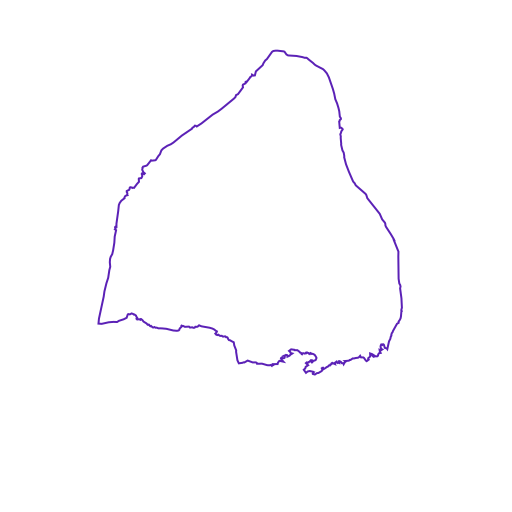 the district of Hebron, West Bank, Palestine, rotated 143°
{"feature_id": "87354302B80979559279056", "entity_name": "Hebron", "entity_type": "district", "adm_level": 2, "iso_a3": "PSE", "parent_name": "Palestine", "parent_adm1": "West Bank", "projection": "equal_earth", "projection_center": [35.111, 31.507], "detail": "fine", "context": "isolated", "style": "outline", "palette": "violet", "viewbox_px": 512, "rotation_deg": 143, "n_neighbors": 0, "source": "geoboundaries", "source_scale": "gbopen_adm2", "svg_char_len": 6114}
<svg xmlns="http://www.w3.org/2000/svg" viewBox="0 0 512 512"><g transform="rotate(143 256 256)"><path d="M279.4,140.5L280.6,140.4L280.1,137.4L283.0,137.6L284.3,136.6L286.3,136.4L286.4,132.6L284.3,132.7L282.3,131.8L280.0,129.1L280.2,128.7L279.9,128.4L281.5,127.9L281.6,127.6L280.3,125.9L277.9,125.8L276.5,125.0L272.8,124.6L271.5,125.0L271.1,126.6L270.4,126.4L270.2,126.7L269.7,126.4L270.3,125.0L267.8,124.7L266.5,124.8L265.3,124.4L263.6,124.7L262.9,124.1L262.2,124.5L261.9,124.2L261.3,124.3L260.5,124.8L259.5,124.8L259.4,124.2L259.2,124.3L258.0,122.2L257.7,123.2L257.0,122.9L257.0,122.7L256.7,122.7L256.6,123.2L255.1,123.2L255.1,121.4L254.5,121.3L253.9,120.4L253.0,122.0L252.5,121.7L251.9,120.2L251.9,118.7L250.8,117.9L251.1,116.8L249.0,117.7L248.0,117.7L248.2,118.6L244.8,116.5L243.7,116.6L243.1,116.1L240.4,116.0L239.4,115.2L237.7,114.5L235.8,113.4L234.6,113.2L232.9,113.6L233.2,111.9L231.4,110.5L231.1,109.7L231.2,106.4L230.9,105.4L228.4,105.4L228.4,106.3L227.7,106.9L226.2,106.9L225.1,107.2L223.5,109.5L222.3,107.7L221.9,106.6L223.0,106.5L222.8,105.0L222.6,104.6L221.3,105.0L220.9,103.9L219.5,102.9L218.5,103.0L217.6,103.9L216.2,104.3L214.8,103.6L214.5,105.3L213.7,106.8L213.3,106.2L213.3,105.5L211.4,105.4L211.9,106.5L211.2,108.5L210.3,109.4L209.4,109.9L208.9,109.2L208.6,109.6L207.4,108.8L207.3,108.1L208.4,105.1L207.2,103.5L207.2,102.6L201.1,107.8L198.6,109.0L197.0,110.4L195.8,110.9L195.6,111.4L194.1,112.6L192.9,112.9L191.7,113.7L184.2,117.0L182.3,116.8L181.6,117.8L179.7,118.4L178.1,119.2L176.7,120.4L174.1,123.3L173.4,124.1L172.8,124.2L172.6,124.7L172.6,125.3L170.6,126.9L165.3,134.7L160.4,143.4L158.9,144.7L158.3,146.1L158.1,147.8L155.8,152.0L142.6,170.0L139.6,173.8L136.4,185.6L136.1,185.4L135.8,186.8L135.2,192.3L134.6,201.2L134.2,202.6L133.4,203.8L133.0,205.0L133.2,209.3L131.8,215.2L132.3,235.2L131.2,238.3L131.1,239.6L133.8,252.4L133.4,254.8L133.6,256.3L133.5,257.5L131.1,267.4L128.9,275.1L126.1,281.9L125.4,282.6L123.8,285.7L123.5,287.4L123.5,288.1L121.1,293.6L120.5,294.2L117.3,299.3L116.3,300.5L115.4,302.5L113.9,303.3L112.9,304.2L110.6,304.9L110.4,305.5L110.8,307.2L111.2,307.6L112.0,307.9L108.6,313.4L108.0,313.5L107.2,314.2L105.9,314.2L105.3,314.9L105.2,316.8L102.4,321.5L101.0,324.7L99.4,329.1L98.3,333.5L95.8,338.7L94.1,343.1L90.3,354.8L89.5,359.2L89.7,362.9L90.0,364.8L93.3,371.7L93.9,373.4L94.3,375.9L95.7,381.3L96.1,383.3L96.7,384.3L97.6,384.7L99.3,387.0L103.3,391.4L109.7,396.9L110.4,398.6L110.3,402.0L110.8,402.8L115.2,407.0L116.8,408.2L118.8,409.3L120.3,409.4L128.8,406.7L131.0,406.6L134.2,405.4L135.8,404.4L145.0,403.5L148.2,400.9L149.6,401.7L149.8,402.9L150.0,403.2L150.4,402.5L153.0,402.2L153.4,402.3L153.9,401.9L158.8,400.6L159.0,401.2L159.5,401.3L160.5,400.2L163.3,400.7L164.1,400.1L164.9,398.5L173.0,396.1L175.1,396.5L176.8,395.3L178.8,395.0L194.8,394.3L199.5,394.3L205.5,395.0L219.8,394.7L225.4,395.1L225.7,396.2L226.4,396.9L228.0,396.5L229.6,396.7L230.5,396.2L242.7,396.8L253.6,396.3L256.8,396.5L260.5,397.4L265.6,397.7L268.0,397.3L271.5,395.1L273.8,394.6L278.1,393.0L278.9,393.1L281.9,394.9L282.2,395.6L288.3,394.0L289.2,394.1L292.4,395.3L293.6,394.8L293.7,394.4L294.7,393.7L295.1,392.9L295.5,390.5L295.1,388.9L296.2,388.7L297.1,390.5L297.4,390.6L297.9,390.3L298.3,389.0L299.0,388.0L300.7,387.2L302.8,388.4L303.2,388.2L304.8,385.7L307.6,385.2L312.4,383.8L313.2,384.7L313.7,384.7L314.6,386.3L315.2,386.6L315.6,386.6L316.7,385.6L317.6,385.2L320.1,385.7L320.7,385.0L320.8,384.0L321.4,382.9L322.2,382.4L322.2,382.0L323.1,382.4L324.7,382.5L326.1,381.7L326.2,381.3L330.3,381.2L332.9,380.4L334.8,379.3L339.1,374.7L348.0,365.8L349.9,363.3L350.4,364.0L350.9,364.0L351.4,363.6L351.7,362.4L352.6,362.2L352.2,360.8L357.1,356.6L361.2,351.8L366.7,346.5L369.7,344.0L372.5,342.8L374.3,341.5L376.5,339.0L378.9,335.1L381.6,333.0L387.2,327.5L391.8,324.3L398.3,319.0L402.2,315.1L419.1,300.5L422.5,296.8L420.1,294.7L413.5,291.7L409.4,289.1L406.7,286.9L404.4,286.7L399.8,285.1L396.5,284.5L393.9,286.3L393.0,286.5L391.9,285.3L389.9,285.0L389.0,283.6L388.8,282.7L388.3,282.5L387.7,280.6L388.1,279.6L388.0,278.2L388.2,277.8L389.2,277.7L389.1,276.8L387.3,275.8L386.8,274.7L385.9,275.0L385.7,274.8L385.3,273.1L385.3,271.3L384.0,268.0L383.9,266.3L383.6,266.0L383.3,266.1L382.8,265.6L382.8,264.0L382.6,263.4L381.9,263.3L381.5,261.2L380.9,260.6L379.9,260.4L379.4,259.2L378.4,258.5L377.5,257.0L374.8,254.9L371.4,251.8L366.9,246.3L364.1,243.8L362.6,243.1L361.7,243.2L360.6,244.0L358.1,244.3L357.7,245.1L357.3,245.2L356.9,244.4L356.3,244.0L355.4,242.2L352.1,240.0L351.9,239.7L351.8,238.6L349.8,237.4L349.3,236.4L348.2,235.7L347.0,236.0L346.4,235.4L345.2,234.7L343.2,234.9L341.9,232.7L336.2,226.6L334.5,224.3L333.6,222.5L333.1,220.4L332.6,219.3L333.6,218.7L335.2,218.5L335.1,217.0L334.2,215.9L333.5,215.9L332.9,214.1L332.5,213.6L331.4,212.9L330.9,211.5L329.0,210.4L328.8,210.1L328.8,209.2L328.0,208.6L327.8,207.9L328.2,206.5L328.2,205.1L327.3,204.1L326.9,202.9L325.7,200.5L327.2,197.6L328.6,192.6L329.6,191.4L333.6,183.9L334.3,180.6L331.0,178.8L330.0,178.6L329.4,178.0L325.6,177.5L322.6,172.9L320.6,171.5L319.9,170.7L319.7,170.0L320.0,169.3L316.0,166.4L312.7,162.0L311.0,160.6L309.8,160.1L309.5,158.8L308.7,159.2L308.6,158.7L307.8,158.5L307.5,159.4L303.8,156.7L302.8,157.5L301.1,158.1L300.3,158.1L297.7,155.1L297.9,157.7L297.8,159.1L297.1,159.5L296.3,159.3L296.5,158.6L295.2,157.6L294.5,157.5L294.1,157.8L293.7,158.2L293.7,159.2L293.9,159.5L293.3,159.4L292.4,159.0L291.6,159.0L290.7,157.9L290.9,157.0L291.2,157.2L291.5,156.7L289.2,156.2L287.8,156.5L286.2,156.3L285.7,156.3L286.7,157.6L286.7,158.1L286.4,158.6L286.7,160.3L284.1,160.3L281.8,158.0L281.9,157.6L281.6,157.4L279.6,155.8L278.9,153.3L279.0,152.6L278.3,151.3L278.6,150.2L278.4,149.8L277.6,150.2L276.9,150.1L275.7,148.6L274.3,148.7L274.2,148.2L273.6,148.4L273.3,148.3L273.2,148.0L273.4,147.9L272.6,147.1L272.4,145.7L270.9,145.8L270.7,145.4L270.9,144.6L270.2,144.4L269.4,143.4L268.8,142.2L268.6,141.3L268.9,138.5L269.5,137.8L271.1,137.0L273.2,137.6L273.9,138.5L274.0,139.1L274.3,139.3L274.5,137.5L275.0,137.2L275.5,137.4L275.5,139.6L277.2,139.4L278.2,139.8L277.6,139.1L278.6,139.5L279.4,140.5Z" fill="none" stroke="#5b21b6" stroke-width="2"/></g></svg>